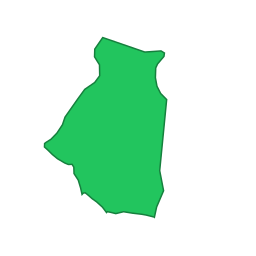 Kriva Palanka, Mercator projection, rotated 42°
{"feature_id": "MKD-2906", "entity_name": "Kriva Palanka", "entity_type": "Statistical Region", "adm_level": 1, "iso_a3": "MKD", "parent_name": "North Macedonia", "parent_adm1": "", "projection": "mercator", "projection_center": [22.313, 42.232], "detail": "fine", "context": "isolated", "style": "filled", "palette": "green", "viewbox_px": 256, "rotation_deg": 42, "n_neighbors": 0, "source": "natural_earth", "source_scale": "10m", "svg_char_len": 845}
<svg xmlns="http://www.w3.org/2000/svg" viewBox="0 0 256 256"><g transform="rotate(42 128 128)"><path d="M104.9,47.9L106.8,50.7L107.1,60.6L108.4,64.8L114.7,72.3L121.6,77.6L129.2,80.5L137.7,81.0L180.1,138.5L196.4,150.8L202.1,167.5L207.3,176.6L207.2,176.6L199.8,180.5L195.8,183.0L188.3,188.3L180.7,193.2L176.2,199.8L171.5,202.3L168.6,204.0L168.6,205.2L164.0,204.3L161.8,203.9L160.0,203.9L156.8,203.9L154.0,203.9L148.8,204.5L142.2,204.6L139.5,204.8L138.3,206.4L138.3,208.1L132.8,204.2L125.9,200.0L118.4,198.0L114.0,193.4L110.8,192.4L108.1,195.0L104.5,196.3L96.2,198.0L89.6,198.3L83.3,198.0L78.6,198.0L76.4,195.3L76.8,193.2L78.3,187.9L78.6,179.4L77.1,169.4L73.9,162.0L71.2,139.8L70.0,128.2L72.8,116.5L72.0,108.1L64.5,100.1L55.5,97.5L50.5,91.6L48.7,77.7L89.7,60.3L101.0,48.6L104.9,47.9Z" fill="#22c55e" stroke="#15803d" stroke-width="1.5"/></g></svg>